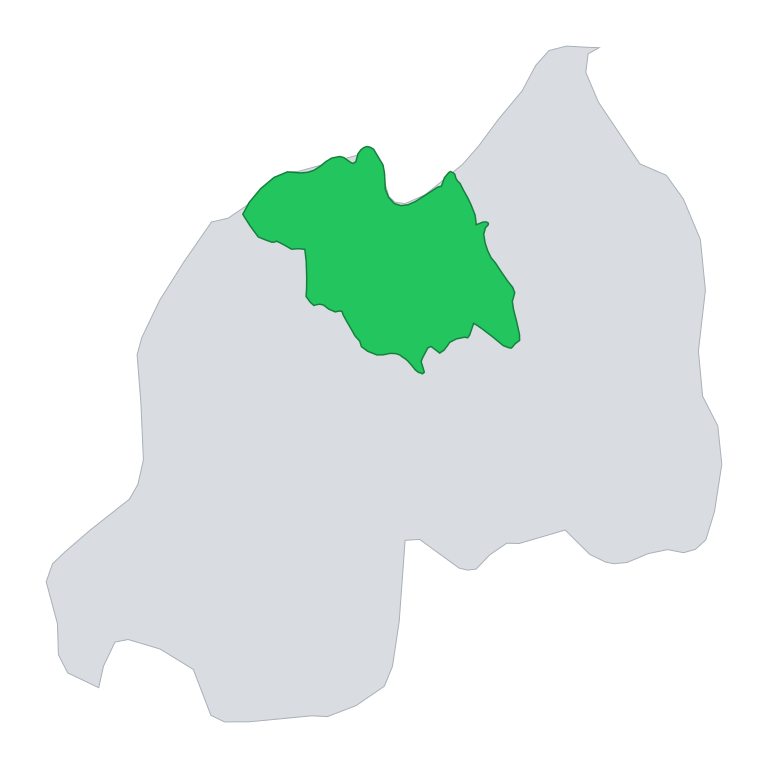 Northern on a map of Rwanda (Natural Earth projection)
{"feature_id": "RWA-3494", "entity_name": "Northern", "entity_type": "Province", "adm_level": 1, "iso_a3": "RWA", "parent_name": "Rwanda", "parent_adm1": "", "projection": "natural_earth1", "projection_center": [29.92, -1.616], "detail": "fine", "context": "in_parent", "style": "filled", "palette": "green", "viewbox_px": 768, "rotation_deg": 0, "n_neighbors": 0, "source": "natural_earth", "source_scale": "10m", "svg_char_len": 2914}
<svg xmlns="http://www.w3.org/2000/svg" viewBox="0 0 768 768"><path d="M286.9,171.8L297.8,171.5L370.0,151.6L377.2,157.8L388.9,196.6L395.0,202.2L405.1,203.6L425.3,194.7L462.5,164.4L478.7,146.0L497.8,120.1L522.1,90.9L535.7,65.4L549.0,50.5L566.5,46.1L585.7,47.2L599.1,47.7L588.1,53.8L585.8,72.4L598.5,102.3L639.9,163.9L666.3,175.3L683.5,199.2L700.4,239.7L705.4,290.2L698.4,351.0L702.6,396.2L717.8,425.9L721.8,464.3L714.5,511.6L705.8,539.9L695.4,549.3L683.6,552.7L667.6,549.6L648.2,553.6L627.0,562.5L613.7,563.7L605.4,562.0L589.8,554.4L565.1,530.0L519.1,543.5L506.7,543.2L489.8,554.8L476.1,569.1L467.7,570.1L459.2,568.2L419.6,539.4L405.1,540.3L399.2,621.3L392.5,666.2L384.4,686.2L356.0,705.6L327.4,716.6L311.8,715.8L249.0,721.8L224.5,721.9L210.9,715.3L193.3,669.4L160.0,649.0L128.0,639.5L115.0,642.1L103.5,666.1L98.7,687.7L67.7,672.9L58.4,654.7L57.5,623.9L46.2,581.8L52.5,563.8L64.6,552.2L90.4,529.9L129.5,499.1L137.9,484.4L143.4,459.9L140.9,402.9L137.1,354.7L141.8,337.6L159.6,300.4L183.6,262.3L211.5,222.0L228.3,218.1L250.4,202.9L273.8,180.3L286.9,171.8Z" fill="#d9dde1" stroke="#a8b0b8" stroke-width="1"/><path d="M400.8,205.6L407.9,204.8L415.2,201.6L437.9,187.0L441.4,186.2L444.4,177.8L448.8,172.5L450.5,171.5L452.0,172.3L452.9,172.6L454.8,174.3L455.9,178.3L457.7,181.2L459.9,183.2L464.1,191.4L467.8,197.9L470.8,204.2L473.7,211.5L475.1,215.1L475.9,221.1L476.2,224.7L479.2,223.6L483.2,222.0L486.5,222.0L488.3,223.1L488.2,224.9L485.5,227.7L483.7,234.2L485.1,242.8L487.7,250.7L491.0,257.6L495.4,262.9L501.4,272.0L507.9,281.4L512.7,287.4L514.7,292.6L513.6,297.0L512.3,301.3L513.5,309.4L516.9,322.7L519.5,334.6L519.6,340.5L517.7,341.8L514.8,344.1L512.5,347.0L511.1,348.1L508.7,347.7L503.2,345.6L492.8,337.0L481.7,328.5L476.2,324.8L473.6,323.4L471.9,328.5L469.6,335.1L467.7,337.8L464.6,337.2L456.4,338.9L449.6,342.4L447.7,345.3L444.1,350.1L439.7,353.1L435.6,349.9L431.1,346.5L427.9,347.8L425.4,352.5L422.6,357.8L421.1,361.7L423.0,367.6L424.3,372.2L423.0,373.4L422.1,373.8L421.3,373.1L418.6,372.5L415.3,369.9L412.1,365.9L409.4,362.8L407.3,360.5L404.8,358.5L402.2,356.9L399.9,355.0L395.8,353.6L390.0,353.4L383.3,354.8L376.9,354.9L367.7,351.3L361.4,346.6L359.7,341.1L355.0,335.9L351.1,328.9L346.6,321.2L343.2,315.0L342.0,311.4L339.4,311.0L335.2,311.9L328.9,309.2L323.4,305.0L319.7,304.2L315.9,304.8L313.9,305.5L310.3,302.3L306.1,296.5L306.6,288.1L306.7,276.9L306.2,261.0L304.8,249.3L298.3,248.7L291.5,249.2L285.3,245.6L279.9,242.7L278.1,242.0L276.8,241.1L274.5,242.1L271.8,242.2L265.5,239.9L258.3,237.0L250.2,226.0L244.2,216.6L242.8,214.2L249.2,202.4L260.7,188.6L274.1,177.4L287.2,172.0L300.7,172.9L307.7,172.3L313.9,170.3L320.8,165.8L326.0,161.5L331.6,158.1L339.7,156.5L343.7,157.5L350.8,162.5L353.1,163.5L355.9,161.6L357.9,153.9L360.9,149.8L364.0,147.5L366.9,146.5L369.9,147.1L373.6,149.2L383.0,165.0L384.5,173.1L385.3,189.1L388.6,197.3L394.3,203.5L400.8,205.6Z" fill="#22c55e" stroke="#15803d" stroke-width="1.5"/></svg>